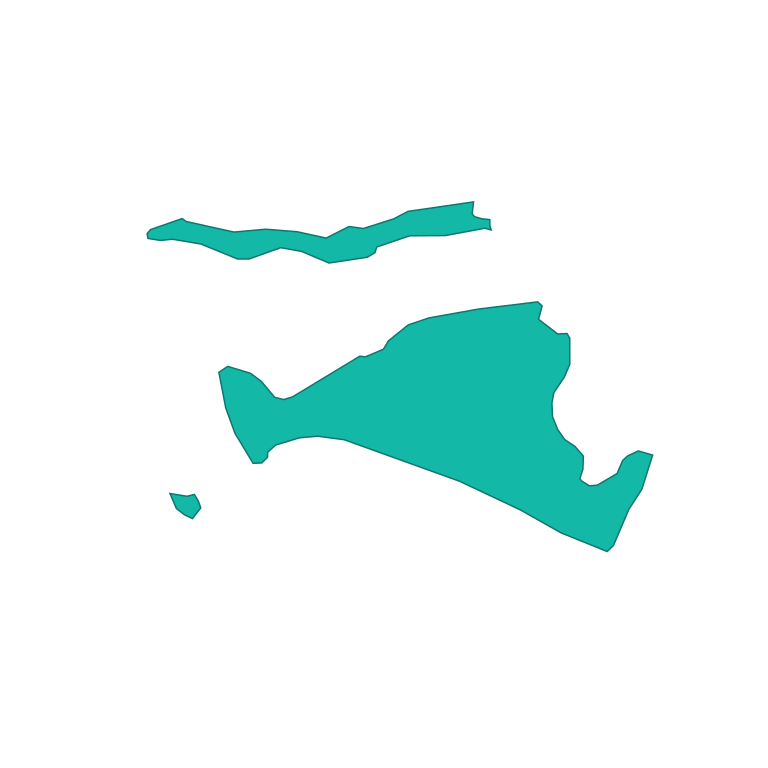 the district of Dukes, Massachusetts, United States of America, rotated 25°
{"feature_id": "52423323B80423316533974", "entity_name": "Dukes", "entity_type": "district", "adm_level": 2, "iso_a3": "USA", "parent_name": "United States of America", "parent_adm1": "Massachusetts", "projection": "albers", "projection_center": [-70.705, 41.388], "detail": "fine", "context": "isolated", "style": "filled", "palette": "teal", "viewbox_px": 768, "rotation_deg": 25, "n_neighbors": 0, "source": "geoboundaries", "source_scale": "gbopen_adm2", "svg_char_len": 1408}
<svg xmlns="http://www.w3.org/2000/svg" viewBox="0 0 768 768"><g transform="rotate(25 384 384)"><path d="M234.9,434.1L229.4,443.2L250.7,472.6L269.8,491.7L298.9,511.2L306.6,507.2L309.4,499.5L307.4,495.1L311.6,485.1L330.0,468.6L345.8,459.4L371.6,451.3L493.7,440.2L560.9,440.5L607.4,444.1L657.1,441.5L660.2,433.4L658.9,394.1L662.2,370.5L657.5,334.9L642.7,337.2L635.1,346.4L632.6,352.5L633.1,366.6L620.1,385.5L613.2,389.5L604.1,388.4L601.5,386.9L600.3,377.2L595.2,365.1L583.5,359.9L571.4,358.0L560.7,351.9L550.5,342.3L544.3,330.4L541.6,320.2L544.5,301.8L544.1,287.7L533.0,264.0L528.5,260.9L520.3,265.3L496.7,260.0L494.3,246.4L488.6,244.6L438.3,275.9L396.9,305.0L380.9,320.3L369.8,343.0L368.8,352.7L355.6,367.3L350.3,369.0L306.5,434.4L299.8,440.4L290.6,442.3L271.8,433.5L258.6,430.7L234.9,434.1ZM388.2,181.1L332.9,217.3L323.1,230.1L299.6,251.8L285.8,256.0L269.9,276.2L240.9,282.7L211.4,293.7L183.8,309.7L161.0,314.8L136.0,320.3L131.1,319.4L107.1,342.8L105.8,348.0L108.6,351.8L120.9,348.3L131.0,342.2L159.0,334.5L198.5,332.6L208.9,327.7L232.8,304.1L253.1,298.7L283.0,297.6L315.4,276.1L320.3,268.7L319.5,262.9L344.7,238.8L376.8,223.6L409.6,200.2L416.0,199.1L413.0,195.6L410.4,190.3L402.9,192.9L395.3,194.1L392.0,192.5L388.2,181.1ZM242.7,571.9L236.3,573.7L248.5,584.6L258.5,586.9L267.3,586.9L270.3,573.7L264.9,568.3L258.8,564.3L252.9,569.0L242.7,571.9Z" fill="#14b8a6" stroke="#0f766e" stroke-width="1.5"/></g></svg>